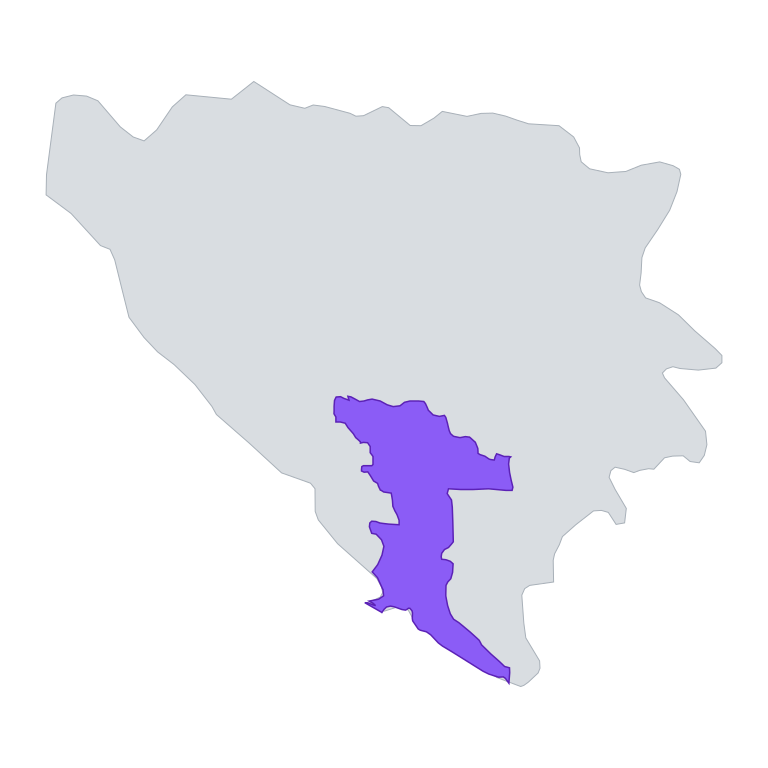 location of Herzegovina-Neretva within Bosnia and Herzegovina
{"feature_id": "BIH-2228", "entity_name": "Herzegovina-Neretva", "entity_type": "Canton", "adm_level": 1, "iso_a3": "BIH", "parent_name": "Bosnia and Herzegovina", "parent_adm1": "", "projection": "natural_earth1", "projection_center": [17.847, 43.217], "detail": "fine", "context": "in_parent", "style": "filled", "palette": "violet", "viewbox_px": 768, "rotation_deg": 0, "n_neighbors": 0, "source": "natural_earth", "source_scale": "10m", "svg_char_len": 4751}
<svg xmlns="http://www.w3.org/2000/svg" viewBox="0 0 768 768"><path d="M679.4,169.3L680.8,174.3L677.0,191.6L669.7,210.2L657.7,229.6L645.2,247.9L641.9,257.6L641.1,273.0L639.6,285.1L641.4,291.7L645.6,297.9L659.6,302.8L678.5,314.9L694.7,330.8L715.4,348.8L721.9,355.5L721.9,362.7L715.9,368.1L698.3,370.1L680.0,368.5L672.9,366.7L666.4,368.9L662.4,373.0L664.5,377.8L683.5,399.8L705.5,431.2L706.9,444.7L704.3,455.4L699.2,462.8L690.1,461.5L683.2,455.8L672.6,456.1L664.5,457.8L653.9,469.2L648.6,468.7L639.6,470.4L633.8,472.6L624.6,469.3L615.1,467.2L610.9,470.6L609.1,477.3L615.1,489.4L626.3,508.4L624.6,522.9L616.1,524.4L608.3,512.4L601.4,510.4L593.5,510.9L575.6,524.9L562.4,536.6L559.3,544.8L554.6,553.8L553.2,560.3L553.6,582.0L529.7,585.4L524.7,588.6L521.8,595.2L523.8,622.9L525.8,637.9L539.6,660.9L540.0,668.2L538.1,673.0L528.4,682.1L523.8,685.4L520.7,686.5L504.7,680.5L497.2,677.6L465.3,657.2L451.2,645.9L428.9,631.1L415.2,622.7L408.2,610.0L397.3,607.0L384.4,611.1L369.8,601.9L380.2,597.1L382.7,592.6L381.4,586.7L376.9,578.6L337.6,543.7L318.3,519.9L315.2,511.4L315.0,488.7L310.5,483.2L281.6,472.9L249.5,443.4L216.4,414.5L211.9,406.4L194.9,384.5L174.1,364.6L157.6,351.9L144.0,337.5L129.0,317.3L121.4,286.9L114.7,259.8L110.0,249.3L100.5,245.6L71.1,213.5L46.1,194.9L46.5,174.8L50.9,141.2L55.9,103.2L62.0,97.9L73.5,95.0L86.6,96.1L97.9,100.8L120.3,126.9L133.2,137.0L144.1,140.9L156.7,129.9L172.3,106.9L185.9,94.8L231.4,99.2L253.8,81.5L289.9,104.8L304.8,108.3L313.2,105.0L324.7,106.5L350.0,113.3L355.9,116.2L363.5,115.7L382.3,106.6L388.7,107.7L410.2,125.5L421.0,125.7L434.0,118.1L442.3,111.4L467.0,116.4L481.1,113.4L492.8,113.1L505.6,116.1L517.2,120.2L528.5,123.8L559.0,125.7L573.7,137.0L579.5,147.9L579.7,154.6L581.2,161.8L589.6,168.8L608.0,172.8L619.5,171.9L625.7,171.5L641.3,165.2L659.7,161.9L673.1,165.7L679.4,169.3Z" fill="#d9dde1" stroke="#a8b0b8" stroke-width="1"/><path d="M405.5,610.1L401.8,609.5L394.3,606.8L390.5,606.1L386.5,607.0L384.1,609.3L381.9,612.5L381.8,612.4L364.8,602.7L367.9,602.8L372.7,604.8L375.6,605.6L373.0,603.2L369.1,601.1L378.6,599.2L383.6,595.8L383.0,589.6L382.9,589.6L377.5,577.7L372.2,571.9L377.7,564.6L382.0,555.1L383.9,546.3L381.8,540.6L381.5,539.8L376.2,534.2L372.1,533.4L371.7,533.3L369.9,528.2L369.4,526.8L369.8,523.0L371.7,521.2L375.9,521.5L379.9,523.0L383.6,523.5L388.6,524.1L398.6,524.7L399.1,524.7L399.1,520.3L397.3,515.4L397.0,514.7L396.6,513.9L394.9,510.9L392.8,506.1L392.8,505.4L392.5,501.1L392.4,500.0L391.9,496.9L391.2,493.1L383.7,492.0L380.9,490.2L380.4,490.2L378.5,486.3L377.6,483.4L373.6,481.0L370.4,475.7L367.8,471.9L365.1,472.1L364.1,472.2L361.5,471.0L361.5,469.5L361.8,466.6L362.1,466.4L363.4,465.7L365.5,465.7L369.2,465.7L371.8,465.7L372.5,465.0L373.0,464.5L373.0,461.0L373.0,456.5L371.8,454.8L370.2,452.7L370.2,450.6L370.2,446.5L368.8,444.5L367.6,442.7L367.3,442.7L363.4,442.4L361.3,442.9L360.4,443.1L360.4,441.8L357.8,439.4L355.7,437.6L353.4,433.8L348.0,427.6L345.2,423.2L340.3,422.0L337.8,422.0L335.9,422.0L335.9,419.7L335.9,417.0L334.0,413.8L334.1,410.8L334.1,406.4L334.2,404.8L334.5,400.5L335.6,398.1L336.2,397.0L340.6,396.7L343.9,398.4L349.0,400.2L348.1,397.0L347.9,396.3L351.0,396.9L354.6,398.8L359.5,401.5L364.0,401.0L367.6,399.9L372.1,399.1L380.2,401.0L387.2,404.8L393.2,406.6L400.0,405.8L401.3,404.8L404.5,402.3L410.0,401.0L418.5,401.0L423.8,401.5L424.9,402.9L425.5,403.7L427.5,408.1L428.3,410.2L433.2,415.0L433.8,415.1L439.4,416.4L444.4,415.4L445.8,417.4L447.6,423.8L447.7,424.4L447.8,424.9L449.2,430.6L450.5,433.6L453.5,436.3L459.2,437.5L460.1,437.6L461.3,437.4L465.4,436.6L469.1,437.1L469.5,437.1L470.8,438.2L475.2,442.2L475.3,442.2L477.8,448.4L478.0,451.8L478.0,453.3L480.0,454.6L484.9,456.2L488.7,458.8L489.4,459.2L490.0,459.4L491.7,459.7L493.8,460.0L494.3,460.0L495.1,457.0L496.6,453.8L500.0,454.9L504.1,456.5L509.0,456.5L510.7,456.9L509.5,458.0L509.3,458.2L508.6,464.0L509.6,472.6L511.1,479.9L512.9,487.2L512.1,490.4L506.1,490.4L488.6,488.8L473.2,489.5L460.6,489.5L448.5,488.8L447.6,492.0L447.2,493.6L451.5,500.0L452.3,507.3L452.8,521.7L453.3,541.8L451.3,544.3L448.5,547.5L444.5,549.5L441.7,553.3L441.2,556.8L441.7,559.3L445.1,559.6L445.7,559.7L446.7,560.0L450.3,561.3L453.1,563.8L452.8,568.6L452.6,572.3L450.8,578.7L449.6,580.0L447.8,581.9L446.0,585.4L445.8,593.5L445.8,595.6L445.8,596.0L447.6,605.5L450.3,613.8L453.4,618.9L453.6,619.2L453.7,619.3L458.9,622.7L470.1,632.0L474.2,635.7L479.2,640.3L480.8,643.3L481.5,644.8L490.9,654.0L499.6,661.7L504.6,666.5L509.5,667.8L509.7,672.7L508.9,683.2L505.3,678.3L503.3,676.9L498.5,677.2L488.9,674.1L483.0,671.2L452.0,651.8L442.5,646.1L438.3,642.9L430.7,634.8L426.4,631.8L420.2,630.2L418.2,629.0L412.7,620.9L412.3,618.4L412.5,613.0L412.0,610.8L409.9,608.3L408.3,608.3L406.9,609.4L405.5,610.1Z" fill="#8b5cf6" stroke="#5b21b6" stroke-width="1.5"/></svg>